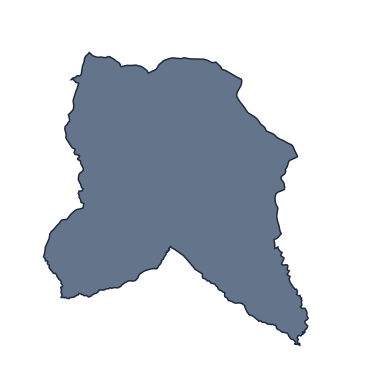 Guática, Risaralda, Colombia (orthographic projection), rotated 103°
{"feature_id": "7082276B7280150646528", "entity_name": "Guática", "entity_type": "district", "adm_level": 2, "iso_a3": "COL", "parent_name": "Colombia", "parent_adm1": "Risaralda", "projection": "orthographic", "projection_center": [-75.786, 5.328], "detail": "fine", "context": "isolated", "style": "filled", "palette": "slate", "viewbox_px": 384, "rotation_deg": 103, "n_neighbors": 0, "source": "geoboundaries", "source_scale": "gbopen_adm2", "svg_char_len": 5975}
<svg xmlns="http://www.w3.org/2000/svg" viewBox="0 0 384 384"><g transform="rotate(103 192 192)"><path d="M324.1,295.8L323.7,294.1L323.8,292.4L323.1,291.8L323.1,291.2L323.8,289.7L323.5,287.8L322.1,286.6L321.0,283.3L320.1,282.8L319.5,281.8L318.5,281.1L318.0,279.9L317.4,279.6L316.5,279.4L316.3,278.9L316.3,277.3L316.7,276.7L316.7,275.2L317.3,273.9L316.7,271.6L316.8,270.8L317.6,269.3L317.5,268.8L316.9,268.3L316.3,267.0L315.1,266.4L313.2,264.4L312.1,262.4L310.1,260.9L309.5,260.6L308.6,260.6L308.3,260.3L307.4,255.9L306.8,255.0L305.6,253.7L305.0,251.4L303.6,250.1L304.0,248.5L302.7,246.7L302.1,242.9L301.7,242.1L299.7,240.0L298.1,239.2L295.6,237.1L292.8,233.7L292.5,233.1L292.2,229.8L291.4,227.9L290.6,227.0L287.9,225.4L285.4,225.1L284.0,224.6L280.1,221.2L278.1,218.1L275.6,213.6L275.7,213.0L275.3,212.5L275.3,211.8L274.8,211.5L275.0,209.7L274.0,208.5L271.3,207.9L269.1,206.5L266.2,206.0L265.4,206.3L263.8,204.8L261.6,204.5L259.1,203.3L258.6,203.3L257.1,203.7L256.7,203.3L256.0,203.2L256.3,202.7L256.1,202.4L255.4,202.4L255.3,202.2L254.7,202.0L254.6,201.5L253.8,201.3L253.5,201.0L252.9,201.0L252.8,201.9L252.4,201.9L250.8,201.2L249.9,200.4L250.7,199.7L251.0,199.1L251.8,196.1L255.8,186.2L259.9,180.3L266.7,171.4L269.3,163.8L270.3,163.2L272.2,162.9L273.2,162.3L273.7,161.0L273.6,159.5L275.2,157.0L274.8,155.0L276.4,153.3L276.6,149.0L278.1,147.4L278.9,145.7L280.5,144.7L281.5,143.0L281.6,140.9L282.5,139.5L282.6,137.9L283.2,137.2L284.5,137.2L286.2,136.7L286.8,136.0L287.6,133.5L289.3,132.5L289.5,132.1L289.6,128.9L290.5,125.7L290.5,124.7L289.4,120.9L289.5,117.8L290.8,115.3L292.0,114.7L295.2,112.4L295.9,111.6L296.7,111.2L297.4,110.1L298.6,109.0L298.9,108.5L298.9,105.7L299.7,103.5L302.3,98.6L302.9,97.9L302.3,96.6L302.2,95.7L303.1,94.3L302.7,91.1L303.8,88.5L303.2,86.2L303.4,84.7L302.7,83.6L303.2,82.4L302.9,80.7L303.5,80.0L305.6,79.0L306.6,77.7L306.9,75.2L308.2,73.3L308.1,67.8L308.7,66.5L310.4,65.5L312.5,63.1L313.0,62.3L313.1,60.1L314.7,57.5L315.3,57.2L316.7,57.8L317.1,57.6L317.2,57.1L316.6,54.7L317.1,52.5L315.8,52.8L315.2,53.2L315.7,54.2L315.3,55.1L313.9,55.6L311.8,55.3L311.5,55.4L311.2,56.4L310.0,56.8L307.9,56.1L307.6,55.5L307.8,54.1L307.5,53.4L306.2,52.9L305.0,51.4L304.5,51.4L304.2,52.7L303.5,52.7L303.2,51.9L303.6,50.7L303.2,50.4L302.8,50.4L301.6,51.0L301.0,51.0L299.4,49.5L297.2,49.1L296.7,49.1L296.1,49.6L295.0,51.5L293.4,52.9L292.2,52.7L290.2,50.9L289.2,50.5L288.4,50.8L286.8,52.2L285.8,52.5L283.7,52.8L280.8,54.8L280.1,55.5L280.0,56.4L280.6,57.9L280.3,59.2L279.8,60.3L279.1,60.5L278.3,59.7L277.4,59.5L274.6,60.7L273.4,60.5L272.8,60.7L272.0,61.7L271.4,61.2L270.8,61.3L270.3,62.5L268.5,63.6L269.0,64.6L269.0,65.3L268.1,67.2L266.0,66.7L265.0,67.0L264.1,67.6L263.2,68.7L263.6,69.4L261.7,72.2L257.9,76.1L255.1,77.8L252.2,77.5L251.0,80.8L247.0,79.4L246.4,81.7L245.8,81.9L242.6,81.9L242.0,82.2L241.6,82.8L241.8,84.2L242.8,87.1L241.9,88.6L237.5,87.6L235.6,87.5L234.3,90.5L233.6,91.4L231.1,90.6L230.5,90.7L230.4,92.0L229.7,93.2L227.7,95.4L226.2,96.0L227.2,96.8L228.4,98.6L224.6,99.5L220.0,101.4L218.2,99.0L216.8,97.9L212.4,95.6L210.6,97.3L205.1,99.8L200.9,102.2L197.0,103.9L194.3,104.3L188.6,104.7L187.9,105.0L185.6,107.1L182.9,108.6L179.0,109.8L175.7,109.9L174.3,109.5L172.5,107.9L170.7,105.1L169.1,103.0L168.5,102.6L166.3,102.8L163.0,104.3L161.9,105.0L159.9,107.6L157.7,108.7L156.0,107.8L153.7,105.9L152.4,105.5L150.7,105.3L149.1,106.1L146.2,105.0L140.4,104.6L138.9,103.5L135.0,98.4L134.0,97.4L133.4,97.2L128.8,101.0L125.4,103.5L124.4,104.4L123.6,105.7L122.6,110.7L121.4,114.1L120.6,119.1L119.9,121.1L117.6,124.9L117.1,126.2L115.9,132.9L115.0,134.2L114.3,134.4L112.7,135.7L110.1,140.7L106.2,144.9L104.5,148.3L102.4,154.7L101.7,155.9L97.0,160.9L93.2,165.7L89.7,169.1L87.8,170.4L84.3,170.3L78.5,168.6L75.4,168.1L72.2,168.6L71.4,169.0L71.0,169.5L70.0,174.1L66.2,186.0L65.8,188.3L66.0,190.1L63.3,192.5L60.1,198.0L61.1,200.2L61.4,202.0L60.3,206.0L59.9,210.1L62.8,224.3L62.9,229.2L63.4,230.7L64.5,232.3L65.6,240.6L66.8,243.6L68.7,246.7L70.6,249.4L72.4,250.5L74.7,252.4L76.5,253.2L78.9,253.8L80.5,254.5L81.1,255.4L82.2,256.0L82.7,257.3L85.8,260.9L85.7,261.6L85.2,262.1L84.5,262.4L83.7,263.3L81.5,268.2L81.0,270.7L81.2,272.4L80.9,274.8L82.8,281.3L83.1,283.5L85.8,289.1L85.3,290.2L83.8,290.7L82.5,292.2L81.5,295.4L80.2,297.7L78.7,302.5L78.8,304.0L79.7,305.3L80.3,305.8L80.7,307.3L81.0,311.3L81.7,312.9L82.0,315.3L81.6,319.1L79.2,323.5L80.8,324.2L83.3,326.0L85.1,326.6L87.1,326.7L89.4,326.4L94.0,327.0L102.3,326.4L103.8,327.3L104.2,327.8L104.6,329.9L105.0,330.5L106.8,331.6L108.0,334.0L109.6,334.9L109.2,333.7L109.2,332.9L111.2,330.1L111.4,329.1L111.3,327.3L111.7,326.7L113.3,327.1L117.1,327.2L119.4,327.7L128.7,328.4L130.4,328.2L133.7,326.9L135.6,326.4L138.1,326.3L139.3,326.6L144.5,329.8L148.6,327.7L150.7,327.3L152.2,328.3L155.0,329.1L155.4,329.6L156.2,330.2L158.0,330.3L159.3,330.1L164.6,327.4L167.2,327.2L168.5,326.3L175.7,319.0L176.2,317.6L176.3,315.7L176.8,315.5L180.4,315.7L180.6,315.1L181.6,314.6L181.8,313.4L181.3,312.9L181.2,312.3L181.9,311.0L181.7,309.9L182.3,309.7L182.9,310.0L183.9,309.8L184.9,310.9L185.7,310.9L186.0,310.7L186.7,308.0L190.0,306.3L190.9,305.3L193.4,303.3L194.6,303.0L196.0,303.2L199.2,305.7L201.5,306.1L204.9,305.7L206.0,305.3L209.5,302.3L212.2,300.8L212.7,300.4L213.2,298.8L215.9,299.7L216.4,302.2L218.7,302.5L219.4,302.3L221.0,300.8L222.5,300.9L224.2,299.1L227.0,297.8L227.6,294.9L232.0,294.6L233.7,297.4L234.7,299.7L236.2,301.7L241.2,305.2L246.7,307.7L247.2,308.6L248.1,311.6L249.0,313.0L252.5,314.4L255.1,316.1L259.6,318.3L262.3,320.3L264.8,321.1L269.3,320.7L279.0,322.5L283.3,321.9L288.6,322.0L290.5,319.5L291.7,319.6L292.1,319.3L291.9,317.6L292.3,316.9L294.3,316.8L295.0,316.0L295.5,314.5L297.7,314.3L299.6,312.3L300.1,311.3L302.4,308.7L302.4,307.9L302.0,307.2L302.5,306.1L303.8,304.9L304.7,304.5L306.5,302.4L307.1,302.0L307.7,300.6L308.5,299.4L310.5,299.1L311.8,297.4L313.2,297.0L314.5,298.5L315.5,298.0L316.1,297.2L318.9,297.1L319.7,296.9L320.6,295.8L321.1,295.4L324.1,295.8Z" fill="#64748b" stroke="#1e293b" stroke-width="1.5"/></g></svg>